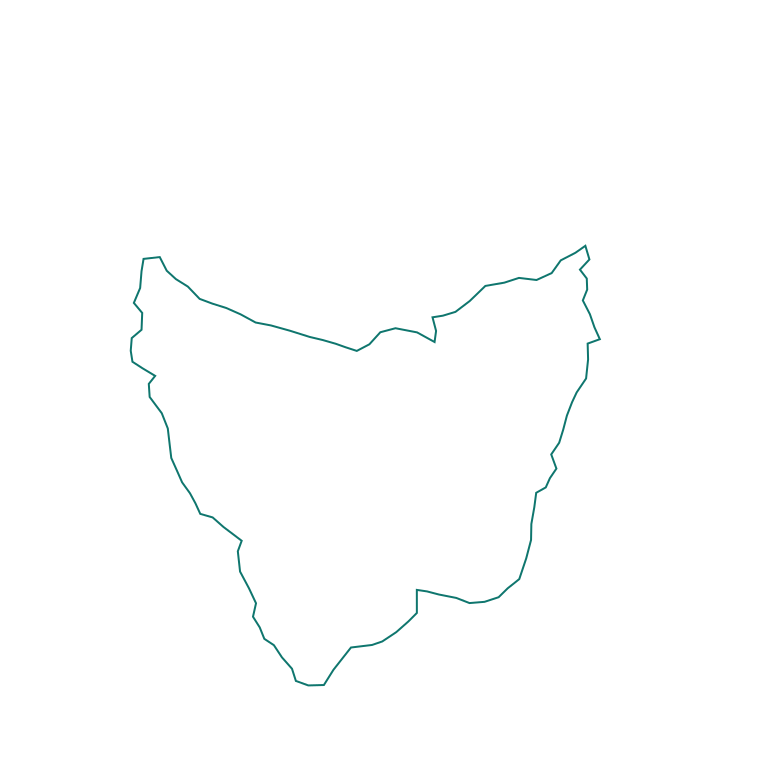 the district of Monções, São Paulo, Brazil, rotated 145°
{"feature_id": "56859067B71559217874088", "entity_name": "Monções", "entity_type": "district", "adm_level": 2, "iso_a3": "BRA", "parent_name": "Brazil", "parent_adm1": "São Paulo", "projection": "albers", "projection_center": [-50.083, -20.875], "detail": "fine", "context": "isolated", "style": "outline", "palette": "teal", "viewbox_px": 768, "rotation_deg": 145, "n_neighbors": 0, "source": "geoboundaries", "source_scale": "gbopen_adm2", "svg_char_len": 1534}
<svg xmlns="http://www.w3.org/2000/svg" viewBox="0 0 768 768"><g transform="rotate(145 384 384)"><path d="M139.8,381.7L151.9,381.7L168.3,383.9L183.0,378.7L199.4,381.7L212.6,393.5L227.3,398.0L244.7,406.2L266.2,402.8L284.1,402.1L296.6,406.2L306.0,410.8L310.9,397.6L318.5,389.4L327.3,407.3L342.6,423.1L357.3,428.5L373.2,424.9L387.3,426.7L394.3,436.0L400.5,444.7L409.0,455.2L417.9,465.2L430.5,481.6L443.0,496.8L453.9,508.0L461.5,523.3L469.6,536.7L478.5,548.3L486.2,559.5L488.8,576.3L494.3,589.3L497.0,601.4L494.9,616.6L509.2,624.4L517.9,615.5L528.7,602.5L542.4,593.9L541.3,580.9L551.5,567.5L564.3,566.3L572.4,556.5L577.3,546.5L572.8,535.4L566.8,521.9L576.6,519.0L583.4,507.8L582.8,487.5L586.6,471.6L594.1,457.7L600.7,445.4L603.5,430.8L605.8,419.2L605.6,405.8L606.9,394.4L609.0,383.0L600.9,373.0L597.5,358.9L590.5,337.2L599.7,330.8L609.5,312.9L611.8,294.0L614.6,277.8L624.8,268.5L625.4,255.9L628.2,243.9L624.0,233.2L624.4,218.6L622.7,203.5L626.5,191.3L618.9,180.5L605.9,171.9L589.3,178.9L562.2,187.1L543.5,177.1L533.1,174.1L516.3,173.7L500.3,175.5L488.4,177.6L475.2,196.5L467.7,189.4L459.8,180.1L447.5,167.3L439.6,155.5L426.6,147.9L412.4,143.6L399.8,145.7L385.1,146.6L367.5,159.6L353.0,171.9L343.6,184.8L331.5,196.9L321.7,207.6L310.8,206.5L302.1,211.7L291.3,215.8L287.4,230.4L274.2,235.4L263.4,243.8L252.3,253.2L240.4,261.2L231.0,266.6L215.3,272.6L202.7,287.1L194.0,300.3L181.5,296.9L179.1,309.7L175.3,323.1L173.2,338.4L163.4,344.8L157.4,354.1L157.9,365.3L144.3,368.2L139.8,381.7Z" fill="none" stroke="#0f766e" stroke-width="2"/></g></svg>